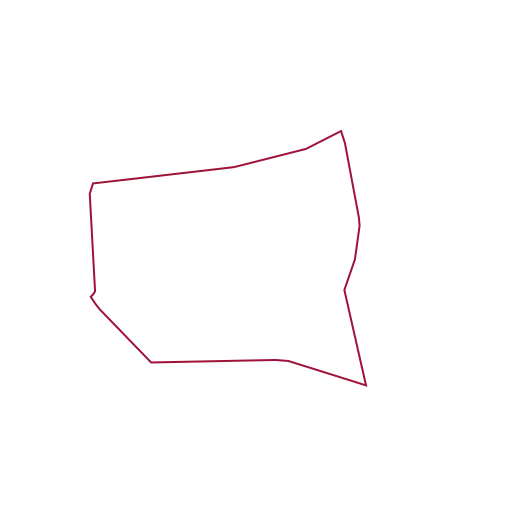 outline of Saint John, rotated 313°
{"feature_id": "BRB-1993", "entity_name": "Saint John", "entity_type": "Parish", "adm_level": 1, "iso_a3": "BRB", "parent_name": "Barbados", "parent_adm1": "", "projection": "robinson", "projection_center": [-59.511, 13.182], "detail": "fine", "context": "isolated", "style": "outline", "palette": "rose", "viewbox_px": 512, "rotation_deg": 313, "n_neighbors": 0, "source": "natural_earth", "source_scale": "10m", "svg_char_len": 415}
<svg xmlns="http://www.w3.org/2000/svg" viewBox="0 0 512 512"><g transform="rotate(313 256 256)"><path d="M197.9,87.3L306.0,179.3L368.4,219.5L405.4,233.0L399.1,244.2L354.0,305.4L348.7,311.2L320.9,330.7L291.4,343.8L236.4,424.7L201.2,351.1L193.0,340.9L106.6,251.9L110.4,178.3L111.4,171.7L113.4,163.0L117.0,163.0L118.7,162.8L120.5,162.3L188.1,92.0L197.9,87.3Z" fill="none" stroke="#9f1239" stroke-width="2"/></g></svg>